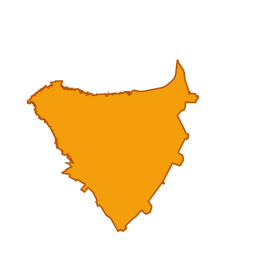 Sector 1, Bucharest, Romania, rotated 145°
{"feature_id": "2599482B44480573036225", "entity_name": "Sector 1", "entity_type": "district", "adm_level": 2, "iso_a3": "ROU", "parent_name": "Romania", "parent_adm1": "Bucharest", "projection": "equal_earth", "projection_center": [26.069, 44.488], "detail": "fine", "context": "isolated", "style": "filled", "palette": "amber", "viewbox_px": 256, "rotation_deg": 145, "n_neighbors": 0, "source": "geoboundaries", "source_scale": "gbopen_adm2", "svg_char_len": 5983}
<svg xmlns="http://www.w3.org/2000/svg" viewBox="0 0 256 256"><g transform="rotate(145 128 128)"><path d="M48.3,154.8L48.7,155.2L58.5,144.2L61.1,142.4L64.3,141.5L70.9,140.7L74.4,140.9L77.2,141.6L94.3,149.2L97.9,151.6L100.8,154.9L101.9,155.6L102.5,155.9L105.0,155.4L106.3,154.0L108.6,154.6L108.2,155.5L106.9,155.0L105.7,157.6L106.2,157.0L106.8,157.3L106.9,156.9L106.5,156.5L107.5,157.0L107.0,158.1L107.7,157.0L108.8,157.4L108.1,158.6L110.0,159.3L110.5,159.0L110.9,159.3L110.8,159.7L111.7,159.4L112.2,159.7L112.0,160.2L112.3,159.9L112.8,159.9L112.8,160.2L113.4,160.5L114.1,160.4L114.4,160.7L114.1,161.0L114.9,160.8L115.2,161.0L115.1,161.4L115.7,161.2L116.0,161.4L115.8,161.7L116.1,161.5L116.8,162.0L116.7,162.3L116.9,162.1L117.5,162.5L117.4,162.8L118.0,162.7L118.2,163.0L118.3,163.1L118.9,163.5L118.7,163.7L119.6,164.0L119.6,164.3L120.0,164.2L119.8,164.5L120.2,164.8L121.2,163.9L121.5,164.1L121.2,164.5L121.7,164.9L121.4,165.2L123.8,166.4L123.8,166.8L124.3,167.1L124.3,167.5L124.9,166.6L125.8,167.1L126.6,166.1L127.6,166.9L126.6,168.6L133.8,173.0L134.0,173.5L134.4,172.9L134.8,173.0L135.6,173.4L136.0,174.1L136.8,174.1L137.5,174.9L137.8,174.6L138.3,175.1L137.5,175.6L139.3,178.4L140.7,177.7L141.5,178.4L142.7,178.8L141.4,179.2L141.6,179.6L140.3,180.1L140.3,180.3L142.0,179.7L142.3,181.1L143.5,181.0L143.5,182.4L144.2,184.9L145.8,186.8L146.0,186.2L145.6,186.2L144.9,184.8L145.1,183.7L145.6,183.8L145.7,183.1L146.7,183.2L146.6,184.8L146.9,184.9L145.9,187.2L146.4,188.7L148.6,189.6L149.6,189.2L149.8,189.6L149.3,190.3L150.3,190.3L150.7,190.9L150.6,191.6L151.0,191.3L151.2,191.5L151.8,191.3L151.6,191.5L152.0,191.8L151.6,192.2L151.9,192.8L152.7,192.0L153.1,192.5L152.4,193.3L153.2,193.5L153.1,193.9L154.2,193.7L154.2,194.9L154.8,194.5L154.8,193.8L155.2,193.8L154.7,195.4L155.3,194.7L155.5,194.9L155.1,195.8L155.4,195.6L155.4,196.1L156.0,195.4L156.5,195.8L156.0,196.7L156.6,196.8L156.4,197.1L156.6,197.5L157.8,196.2L158.2,196.5L158.4,196.7L157.0,198.3L157.3,198.8L158.2,198.2L158.3,198.4L157.4,199.0L157.7,199.5L157.9,199.5L157.8,199.9L158.3,199.6L158.7,200.3L158.2,200.5L158.4,200.9L157.8,201.3L158.1,202.0L157.2,202.7L156.2,202.9L154.9,204.2L160.5,208.0L161.1,207.5L165.2,209.6L165.2,206.6L165.9,206.6L165.9,206.1L167.0,206.2L167.1,207.8L169.4,207.5L169.5,206.5L170.3,206.6L171.3,209.2L171.0,209.7L172.0,209.7L172.0,208.9L172.3,209.1L173.3,209.2L173.7,209.7L174.0,209.6L173.6,209.1L173.9,209.0L174.5,209.5L175.2,209.3L174.4,208.6L175.5,209.3L175.3,208.9L175.5,208.6L175.6,208.9L176.0,208.7L176.0,209.3L176.3,209.4L176.7,208.9L178.3,209.5L177.9,208.9L179.0,208.4L179.2,209.5L182.6,209.5L182.6,208.8L182.9,208.8L182.9,209.4L183.3,209.4L183.4,209.1L183.9,209.4L184.0,209.0L184.7,209.0L184.7,208.3L185.1,208.4L185.1,208.9L186.2,208.5L186.3,209.3L187.4,209.2L187.4,208.9L188.2,209.4L189.5,209.0L189.7,208.2L192.2,207.4L192.5,207.8L192.8,207.5L194.6,207.7L195.1,207.1L195.8,206.7L195.7,206.3L195.9,205.9L195.2,205.4L194.8,204.4L194.0,204.7L193.9,204.4L192.3,205.3L192.0,205.1L191.9,204.7L192.6,204.5L192.2,203.6L191.5,203.9L191.7,203.1L191.3,203.0L191.9,202.7L191.7,202.0L191.2,202.1L191.0,201.4L191.3,201.2L191.3,200.8L191.0,200.4L191.5,200.4L191.1,199.9L191.1,199.4L192.1,199.5L191.5,198.0L193.1,197.0L193.7,197.0L193.5,196.7L193.9,196.8L194.2,195.2L193.6,194.1L194.4,194.4L194.4,194.0L194.7,193.9L194.6,193.6L195.1,193.5L195.2,193.1L195.1,191.7L194.3,191.6L194.3,191.3L194.8,191.0L194.2,190.7L194.0,190.3L194.3,190.1L194.0,189.6L194.0,189.0L194.3,188.0L194.8,188.1L195.0,187.7L193.6,187.4L193.6,187.1L195.0,187.0L194.9,186.4L194.5,186.4L194.5,185.9L194.1,185.9L194.1,184.8L193.8,184.3L193.3,184.4L192.9,183.8L191.9,184.0L191.9,183.7L192.2,183.6L192.1,182.6L192.0,182.2L191.5,182.3L191.9,181.2L191.4,181.1L191.4,180.8L192.8,180.8L192.8,180.2L191.9,179.6L191.7,178.9L191.2,178.9L191.1,178.3L191.6,178.3L191.9,175.2L191.5,175.2L191.4,173.2L191.1,173.1L191.4,173.0L191.8,170.9L191.4,170.7L191.8,170.8L192.0,169.4L191.7,169.2L191.9,169.2L192.0,168.8L191.9,167.8L192.2,167.8L192.3,167.3L192.0,167.1L192.3,167.2L192.5,165.7L192.2,165.7L192.3,164.9L192.7,164.9L193.1,162.0L192.7,161.9L192.7,161.5L193.0,161.5L193.1,160.1L194.0,160.4L194.2,160.0L193.4,159.3L194.1,158.9L193.7,158.8L194.0,158.7L194.4,157.3L196.1,157.9L196.3,157.5L194.7,156.9L195.3,156.7L195.4,156.3L195.0,156.2L195.5,156.2L195.7,155.7L195.4,155.4L196.3,155.6L196.6,154.9L195.8,154.6L196.2,154.6L196.5,154.1L196.2,153.6L196.7,153.6L196.9,153.1L196.6,152.8L197.5,153.2L197.6,152.9L197.2,152.7L197.3,152.4L196.6,152.4L196.7,151.6L196.1,149.7L194.6,146.9L194.7,146.5L195.9,146.6L195.6,145.2L197.1,144.6L196.1,143.0L194.4,141.3L192.8,141.9L192.2,140.4L192.9,140.1L192.8,139.8L193.4,139.5L192.4,138.5L192.1,137.6L193.0,130.8L193.4,131.0L193.9,135.7L194.4,139.1L194.6,139.1L193.6,132.7L196.8,133.0L199.2,135.6L196.9,132.8L196.6,128.6L201.1,129.4L201.2,129.1L202.8,129.3L202.9,128.6L207.5,129.3L207.7,128.7L202.7,123.8L202.7,122.7L204.0,121.8L203.9,121.4L200.6,114.5L199.4,115.1L198.6,114.3L196.7,109.0L196.3,109.1L195.3,107.1L195.8,106.1L201.7,104.6L200.4,100.5L194.9,102.1L193.6,96.5L193.6,93.9L194.9,86.3L195.6,86.0L196.6,86.0L196.9,82.7L197.4,82.7L197.5,81.4L195.9,81.2L196.0,80.7L195.2,79.2L195.9,69.0L193.9,64.0L195.4,49.1L192.3,49.1L192.1,47.4L191.2,47.4L190.9,46.3L187.4,46.5L187.4,47.6L186.3,47.7L186.5,49.4L176.1,50.9L171.0,51.1L167.1,52.3L163.9,52.8L163.5,49.5L162.7,47.3L162.2,46.9L159.1,46.7L158.4,46.3L154.0,49.4L153.3,51.0L153.5,56.0L153.2,56.3L131.5,63.6L130.7,61.7L129.8,62.1L130.3,64.0L111.9,73.6L106.9,67.2L101.1,69.9L100.5,70.6L98.9,74.4L99.4,75.7L101.0,78.0L100.3,79.6L87.5,86.4L86.4,85.1L85.6,85.7L85.0,85.1L82.5,87.0L82.8,88.0L82.3,88.6L83.7,90.4L83.1,92.0L80.5,109.8L75.2,111.4L73.0,111.2L71.9,110.6L70.7,111.1L67.5,114.0L66.8,115.5L66.2,115.9L65.0,115.0L64.6,115.3L62.1,112.9L57.9,110.1L56.8,111.2L52.7,112.6L52.3,114.2L53.9,114.8L53.0,117.2L56.4,120.2L58.2,120.8L56.0,122.7L58.0,121.7L56.5,125.1L53.4,135.5L50.7,140.3L49.5,143.2L49.1,152.5L48.3,154.8Z" fill="#f59e0b" stroke="#b45309" stroke-width="1.5"/></g></svg>